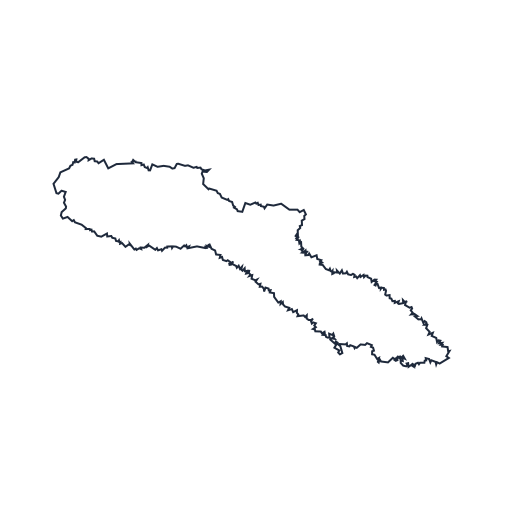 Arajuno, Pastaza, Ecuador (Albers equal-area conic projection), rotated 18°
{"feature_id": "8360857B99947477251050", "entity_name": "Arajuno", "entity_type": "district", "adm_level": 2, "iso_a3": "ECU", "parent_name": "Ecuador", "parent_adm1": "Pastaza", "projection": "albers", "projection_center": [-76.93, -1.354], "detail": "fine", "context": "isolated", "style": "outline", "palette": "slate", "viewbox_px": 512, "rotation_deg": 18, "n_neighbors": 0, "source": "geoboundaries", "source_scale": "gbopen_adm2", "svg_char_len": 6116}
<svg xmlns="http://www.w3.org/2000/svg" viewBox="0 0 512 512"><g transform="rotate(18 256 256)"><path d="M281.1,199.1L273.4,201.6L263.8,198.5L257.1,202.6L250.8,203.6L249.4,208.0L248.3,206.7L245.2,207.0L244.6,205.7L242.6,206.7L241.2,204.9L240.1,206.1L238.9,205.3L234.7,209.0L229.5,208.9L229.3,218.2L224.7,219.0L223.5,217.5L220.2,216.8L220.7,215.8L218.7,215.1L216.6,212.0L213.4,212.0L212.0,210.5L211.3,211.5L205.3,211.0L202.5,208.1L200.2,208.0L198.3,206.1L190.6,206.3L190.2,207.2L183.5,203.9L182.3,198.2L179.0,194.5L179.1,192.2L183.3,191.3L184.7,188.4L181.1,190.4L177.4,190.4L175.9,189.1L172.9,190.4L172.0,189.6L169.3,191.4L163.3,190.8L160.6,192.2L153.4,192.3L152.2,193.0L151.4,197.6L149.4,198.7L146.3,197.8L140.3,198.8L134.8,201.6L129.1,200.9L128.8,207.3L127.4,207.7L125.6,205.1L125.3,206.0L122.7,205.8L121.0,203.7L119.0,205.0L118.3,203.0L112.5,204.0L109.5,202.6L109.3,203.7L110.4,203.6L108.9,204.9L110.4,205.9L94.9,211.7L88.4,218.3L81.6,211.5L77.6,216.4L75.8,215.2L73.3,215.7L72.0,213.5L69.5,214.0L67.2,216.6L66.9,215.3L64.2,214.3L62.5,215.1L57.9,221.8L55.7,221.9L55.3,219.7L54.2,220.3L54.6,223.1L53.2,223.2L53.3,226.0L51.6,227.5L51.2,230.4L44.1,236.9L44.0,242.0L41.1,249.9L46.8,257.9L48.8,257.8L50.9,254.0L55.2,253.9L55.0,259.0L57.1,261.6L56.9,264.7L60.1,267.7L60.4,269.5L57.6,274.3L57.9,277.8L60.8,280.1L64.7,277.1L70.4,279.7L71.6,278.2L73.4,279.9L80.5,280.1L85.6,282.0L85.7,283.0L89.5,281.7L90.2,282.7L91.4,281.8L92.5,283.4L94.5,282.6L98.8,285.8L102.9,285.4L107.3,280.7L108.5,283.4L112.2,281.7L113.7,283.1L116.8,282.8L118.2,284.9L120.4,284.7L120.8,283.4L121.7,284.9L122.7,284.4L123.0,286.3L124.6,285.1L129.0,287.6L131.5,284.3L132.8,284.5L132.2,283.3L138.3,287.4L139.4,286.1L140.5,287.1L142.6,284.7L144.7,284.9L143.9,283.5L147.2,282.7L149.6,279.0L149.7,280.7L151.1,279.1L158.3,281.2L159.3,279.1L161.1,280.9L163.9,278.8L165.0,280.1L166.9,276.1L169.0,275.5L168.7,274.4L172.9,272.9L173.7,274.3L174.2,272.5L177.1,271.8L182.0,272.4L184.4,268.2L185.6,268.8L186.4,267.3L187.7,269.1L189.3,267.6L189.1,269.5L196.9,265.1L205.5,264.1L206.5,263.6L205.3,262.7L206.5,262.3L206.0,261.6L208.4,261.7L207.5,260.1L208.3,259.4L211.5,262.9L215.4,263.4L217.6,266.9L221.9,266.0L222.1,268.9L224.0,267.4L225.7,270.0L229.5,270.0L230.4,268.8L234.2,269.9L234.4,271.0L233.0,271.6L233.6,272.6L235.0,271.9L235.8,268.2L235.9,271.0L240.2,271.6L241.4,273.1L242.5,270.6L244.7,273.2L245.9,270.6L246.2,273.5L247.7,274.2L249.0,271.2L250.1,273.9L252.0,273.0L252.0,275.8L253.0,275.2L253.0,272.4L254.1,272.2L254.4,274.5L256.5,275.4L255.9,277.1L258.3,275.4L258.8,279.0L262.9,279.3L264.2,278.1L263.5,280.6L267.2,282.2L268.8,281.1L269.1,284.1L271.2,283.2L273.6,284.7L274.7,287.3L274.8,283.1L278.0,283.1L278.8,284.8L280.4,284.0L280.4,286.4L284.6,285.8L285.9,289.3L291.6,293.4L293.5,291.4L294.2,294.1L295.7,291.5L296.7,293.7L299.2,295.1L303.6,295.0L303.2,297.7L306.5,295.4L308.7,297.9L311.7,294.9L312.4,297.4L314.3,298.5L314.1,300.4L319.7,297.8L321.5,298.8L322.6,296.7L323.5,299.8L325.9,300.6L328.4,299.8L329.5,297.9L328.5,301.1L330.0,303.0L330.9,301.5L333.7,301.5L332.9,304.1L334.9,305.2L332.8,307.8L334.7,307.7L335.7,309.3L341.0,307.8L342.6,309.2L344.6,306.9L345.3,308.2L344.2,310.3L346.7,309.7L347.5,311.2L349.3,311.5L351.1,310.8L349.6,307.3L353.0,307.5L353.5,305.9L355.2,308.2L354.5,309.4L356.4,310.5L352.5,311.1L352.4,312.5L358.2,315.0L358.3,312.7L360.3,313.2L358.9,319.0L364.4,320.1L364.0,322.4L366.2,323.6L368.1,321.6L364.0,315.6L361.7,314.8L362.3,314.0L368.5,312.4L369.4,311.0L370.5,313.4L372.8,313.1L373.2,311.7L377.1,311.8L378.3,313.2L378.7,312.0L380.2,312.2L382.8,307.8L387.3,306.8L388.5,304.6L393.7,305.0L393.4,306.9L395.7,307.0L397.4,309.6L395.9,310.7L396.8,313.6L399.2,313.3L403.0,316.5L404.4,315.0L404.6,319.0L405.6,319.4L405.3,315.8L407.5,317.7L414.4,316.4L417.6,310.5L419.3,311.2L420.9,309.9L420.0,312.1L421.3,312.5L422.7,311.3L421.4,309.1L422.0,307.8L423.2,308.1L424.6,306.4L424.0,308.9L425.1,309.0L426.8,305.5L429.2,307.7L426.6,307.5L428.0,310.5L425.8,310.5L426.7,313.0L429.9,314.8L433.0,314.5L433.9,313.2L432.5,311.7L433.8,310.9L435.3,314.3L437.2,311.8L439.7,312.4L437.5,309.9L441.1,311.4L441.0,309.2L443.0,307.5L444.4,308.6L445.0,306.8L449.1,305.5L448.8,303.4L450.1,302.7L449.0,300.7L452.5,300.5L454.7,303.3L455.0,301.0L459.5,301.2L460.9,303.5L461.0,301.1L463.9,301.5L470.9,293.4L468.0,292.5L469.4,286.5L468.2,287.2L466.3,283.4L461.0,284.5L461.0,282.8L459.0,283.4L459.9,281.1L457.0,282.4L457.5,279.6L455.6,279.8L454.8,281.9L452.7,278.2L447.8,277.7L447.9,274.4L444.3,277.4L444.6,274.5L440.1,272.1L440.2,268.6L437.7,269.3L439.1,267.4L438.4,266.4L436.5,265.8L435.9,268.0L432.7,264.2L432.6,265.2L430.0,266.1L425.6,264.3L427.9,263.2L424.4,262.1L421.6,263.6L422.5,261.5L420.0,259.9L420.7,257.7L419.7,256.5L418.1,257.7L412.9,256.6L412.7,253.7L413.7,252.3L411.6,253.7L409.4,252.5L410.6,255.3L406.7,257.5L405.7,257.2L405.7,254.9L402.4,257.7L401.9,255.8L399.7,256.8L397.9,254.7L396.2,254.9L395.1,251.9L392.3,253.3L390.8,252.8L390.4,248.9L389.5,247.8L388.2,248.6L387.5,246.9L385.2,247.4L384.8,248.7L384.4,247.5L382.9,248.4L380.2,245.0L378.9,245.4L378.8,247.1L377.7,246.9L378.8,243.2L376.9,243.3L377.6,241.4L376.0,241.8L374.0,244.9L372.5,242.0L368.6,241.6L368.0,240.3L366.2,240.8L365.3,242.7L364.2,240.7L361.9,243.6L360.8,242.1L359.1,245.8L357.5,244.5L355.9,245.6L355.6,243.4L353.7,243.0L352.3,244.7L349.3,245.0L347.3,242.9L346.8,244.7L344.1,245.8L342.1,243.1L341.1,246.8L337.5,244.8L338.4,246.6L334.6,247.5L335.2,248.5L334.1,249.5L333.3,246.4L332.9,247.5L331.7,247.3L330.2,245.3L329.8,247.0L326.4,246.8L322.2,243.9L319.2,244.5L319.0,243.2L320.9,241.8L319.2,241.1L318.2,242.1L319.3,239.8L315.2,239.9L313.4,236.6L309.1,240.1L305.8,237.2L305.5,238.9L302.7,240.1L301.5,237.2L302.8,237.7L303.2,236.2L301.9,236.5L301.4,235.4L299.9,238.3L298.9,238.5L299.7,237.4L298.0,236.8L298.6,235.3L296.6,235.7L298.1,234.1L296.2,233.1L294.7,229.2L293.9,230.2L293.4,228.9L293.1,230.1L291.9,227.7L289.7,228.1L290.3,225.8L289.1,226.3L289.4,225.3L287.5,224.7L288.1,222.6L289.5,223.5L287.7,218.6L289.4,215.7L288.4,214.0L290.2,212.4L288.6,208.2L290.7,205.9L289.5,203.0L290.6,201.0L287.2,197.5L284.0,200.8L281.1,199.1Z" fill="none" stroke="#1e293b" stroke-width="2"/></g></svg>